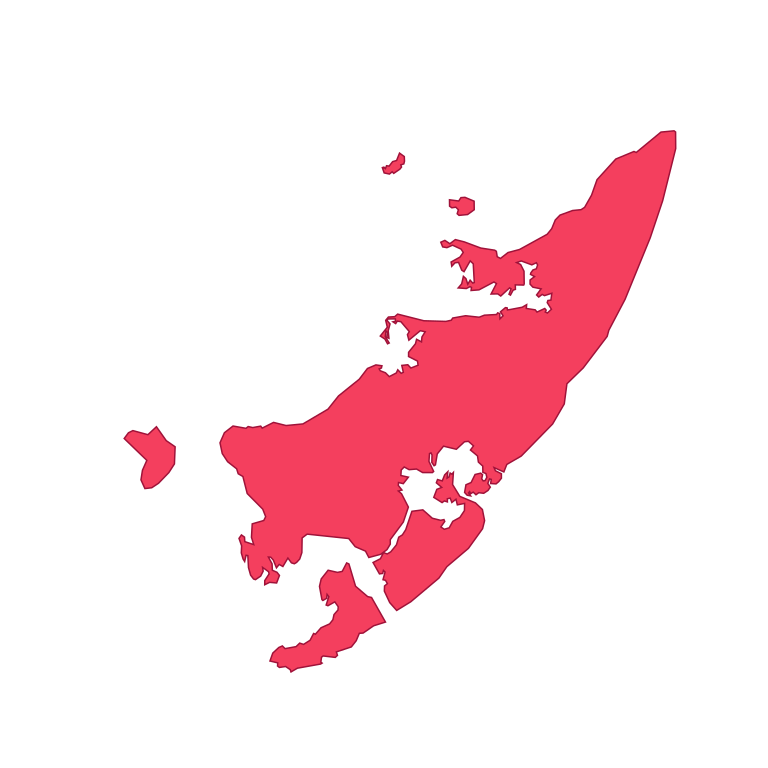 the district of Mafia, Pwani, United Republic of Tanzania, rotated 10°
{"feature_id": "72390352B74532147136856", "entity_name": "Mafia", "entity_type": "district", "adm_level": 2, "iso_a3": "TZA", "parent_name": "United Republic of Tanzania", "parent_adm1": "Pwani", "projection": "mercator", "projection_center": [39.736, -7.86], "detail": "fine", "context": "isolated", "style": "filled", "palette": "rose", "viewbox_px": 768, "rotation_deg": 10, "n_neighbors": 0, "source": "geoboundaries", "source_scale": "gbopen_adm2", "svg_char_len": 6172}
<svg xmlns="http://www.w3.org/2000/svg" viewBox="0 0 768 768"><g transform="rotate(10 384 384)"><path d="M626.6,155.2L630.4,101.5L627.4,85.2L625.7,84.3L613.0,87.8L592.2,112.2L589.8,111.6L573.2,122.2L558.3,145.8L555.6,162.0L550.9,175.2L547.8,178.1L539.6,180.4L528.0,187.1L524.2,192.7L522.2,201.9L518.7,208.2L494.1,228.0L483.3,233.0L476.9,240.1L473.4,239.0L471.6,233.8L469.8,233.0L455.7,233.3L438.4,230.1L429.2,229.4L424.5,234.4L419.0,232.0L415.3,234.5L418.0,238.8L422.3,238.8L427.4,235.4L436.5,237.8L439.2,240.7L436.8,245.8L428.9,252.2L430.3,256.3L432.9,252.3L436.3,251.3L440.8,258.4L443.3,259.5L447.5,247.8L451.0,250.1L455.3,268.4L453.9,269.2L450.8,266.8L449.2,271.2L446.4,266.0L443.5,264.2L443.1,271.9L440.4,276.5L448.5,275.7L451.8,273.2L453.4,273.7L453.5,276.8L461.2,274.8L474.6,264.4L477.3,265.6L473.8,276.8L480.4,275.5L483.7,277.1L491.0,267.5L492.6,268.2L491.5,273.9L493.1,274.5L494.9,269.1L497.0,268.0L496.1,263.6L504.4,262.3L504.7,261.1L502.3,248.6L497.8,242.6L493.5,241.4L497.8,239.0L508.9,241.0L513.0,238.1L514.6,240.1L514.0,244.1L510.9,245.8L509.3,249.1L509.2,250.6L513.6,252.1L509.8,256.2L510.5,260.3L513.8,262.8L522.2,263.0L518.8,269.8L521.3,271.5L524.2,268.3L526.7,269.1L533.5,265.5L533.8,272.4L530.9,273.3L530.6,275.5L535.9,281.3L532.6,285.7L530.3,285.1L530.9,283.1L529.2,281.7L522.2,286.6L520.0,284.7L511.0,284.9L510.7,281.1L506.8,284.4L495.7,288.6L492.7,289.6L492.0,287.6L490.3,287.7L486.2,292.6L489.4,296.2L486.9,299.7L485.7,294.5L483.6,294.2L482.8,296.0L470.9,298.8L466.1,301.7L452.5,302.6L440.2,307.1L439.2,309.5L434.1,311.6L412.3,314.8L385.3,312.8L382.9,315.8L376.7,317.3L374.6,321.0L377.4,327.5L372.0,337.4L377.1,339.6L380.5,343.8L382.0,342.7L377.0,337.1L376.7,331.4L378.6,332.8L378.6,337.5L380.9,338.1L378.9,330.8L379.5,323.8L376.0,320.9L376.5,319.3L383.9,317.9L384.5,320.1L382.0,321.2L385.0,322.5L386.2,319.8L389.8,319.7L399.8,328.0L398.5,331.3L400.9,336.5L410.5,325.2L415.5,325.4L413.2,331.1L413.6,336.0L408.3,334.3L408.0,338.9L402.7,348.5L403.4,352.7L413.0,355.6L414.3,359.6L407.7,363.6L404.1,360.9L398.3,362.6L401.0,369.1L399.1,370.5L395.1,367.6L394.2,371.0L387.9,375.8L383.5,372.7L378.0,371.6L376.6,370.0L378.7,368.7L378.8,366.4L372.7,366.6L365.0,371.6L358.8,383.6L341.3,403.6L333.2,418.5L311.1,437.4L294.8,441.9L281.9,441.0L271.7,448.6L269.9,446.9L262.3,449.7L257.6,449.5L255.8,451.6L242.6,451.6L235.3,459.7L232.7,470.4L236.8,480.6L243.5,487.7L253.6,493.1L256.0,497.7L261.1,499.6L268.3,515.6L286.3,528.3L290.5,535.2L289.3,539.3L278.5,544.6L280.1,558.0L283.6,564.8L274.3,563.4L273.2,559.0L269.8,557.4L268.0,561.2L271.9,568.1L272.8,575.1L275.6,580.8L277.6,583.0L277.9,576.6L279.7,576.6L282.4,588.3L285.8,595.4L289.4,598.7L291.4,599.0L295.9,594.6L297.5,589.3L296.3,585.7L302.9,588.9L303.8,591.0L300.7,598.3L301.4,602.4L305.8,599.2L312.8,598.6L314.3,590.7L311.3,588.0L306.4,586.8L305.0,580.5L300.2,574.5L302.5,574.2L305.5,576.5L310.0,583.7L312.1,579.9L316.1,581.3L319.6,572.1L323.9,576.2L326.9,576.6L328.9,574.9L331.4,571.0L332.4,564.3L330.1,549.8L334.4,545.2L376.1,542.3L383.9,549.2L394.8,551.8L399.2,557.5L410.3,552.3L415.7,546.6L418.0,540.6L417.2,536.2L427.0,516.6L429.4,501.0L420.3,489.0L416.7,486.9L420.1,485.3L415.7,481.4L415.4,478.5L420.3,478.8L424.2,471.5L416.5,471.2L415.9,465.7L418.3,462.2L423.6,464.0L430.8,462.1L437.4,464.5L447.1,462.8L448.1,461.5L441.7,452.4L440.9,444.6L442.2,443.7L443.6,445.5L444.7,452.9L447.5,455.8L448.7,454.7L448.6,443.6L453.4,434.9L466.6,435.7L473.3,426.9L477.1,425.8L482.9,429.4L480.6,434.0L488.6,438.6L490.5,444.5L495.5,447.7L496.7,453.8L499.9,454.5L501.5,458.0L500.3,461.6L498.5,462.2L496.7,460.4L496.8,456.2L494.7,455.0L489.4,457.3L486.9,465.9L482.2,469.0L482.2,476.8L485.2,479.1L488.7,479.1L486.1,476.6L487.0,475.1L488.4,477.0L490.6,475.0L493.8,477.1L496.2,474.6L501.2,474.3L504.9,470.8L506.6,467.1L503.5,463.9L504.4,459.2L506.2,459.3L506.3,463.5L511.7,462.9L513.9,460.3L516.0,456.4L515.2,452.0L508.8,450.1L506.9,447.2L517.3,449.8L518.9,441.9L531.7,431.1L557.0,394.1L565.0,372.3L564.1,352.0L577.4,333.6L595.5,298.4L596.1,292.0L606.7,258.8L620.8,193.8L626.6,155.2ZM469.0,471.1L467.7,459.1L466.5,461.0L464.6,460.2L464.2,464.2L462.5,465.7L462.1,459.3L459.5,463.0L458.2,469.3L453.3,468.8L452.7,472.2L458.8,475.8L454.3,478.6L452.7,487.0L461.8,490.7L463.7,488.7L466.9,489.1L466.3,486.0L469.0,484.9L471.4,488.9L474.9,485.0L477.2,490.3L484.1,487.6L485.2,494.7L481.9,502.2L475.6,507.3L473.2,514.3L468.6,516.6L464.8,514.9L467.7,508.8L466.6,507.1L463.4,508.4L454.9,507.8L444.1,501.2L433.6,504.5L430.7,523.7L428.3,529.4L425.1,532.3L424.2,540.2L419.8,548.1L416.7,550.8L412.8,550.2L410.8,556.7L404.2,561.7L412.5,571.8L415.6,570.8L415.8,567.7L417.7,569.0L417.0,576.9L419.6,577.1L422.0,580.0L419.6,582.8L420.3,587.9L427.6,598.3L435.8,604.8L448.2,593.8L471.8,565.6L477.6,553.0L495.7,531.2L506.2,509.4L506.8,501.1L502.7,490.5L494.7,485.2L478.2,481.5L469.0,471.1ZM391.1,588.1L380.7,567.3L378.3,566.7L375.4,575.8L370.9,577.6L361.3,577.1L356.0,586.9L355.6,594.5L360.3,607.1L361.4,607.8L364.7,605.1L364.5,601.1L366.6,603.0L365.4,611.7L367.3,612.1L373.4,607.1L377.6,611.3L377.9,614.6L374.8,619.7L374.6,625.0L372.1,629.7L364.3,635.0L359.9,642.3L358.0,641.9L355.7,649.2L350.0,654.4L346.0,653.8L343.0,657.9L332.5,661.8L329.4,659.6L326.2,661.7L321.2,668.3L319.8,676.6L327.8,677.1L328.1,680.2L330.2,681.3L336.2,679.3L341.3,681.6L342.4,683.7L348.1,678.9L370.2,670.8L371.5,669.6L370.1,668.9L369.9,663.9L371.3,662.4L383.5,661.7L385.3,659.3L383.6,656.1L397.5,648.6L401.2,641.7L403.0,633.8L406.7,632.9L415.8,623.9L426.8,618.2L408.8,596.4L404.8,596.2L391.1,588.1ZM179.4,477.6L167.3,465.6L160.3,474.9L144.8,473.5L140.8,476.4L137.6,482.8L163.7,500.4L161.1,510.9L161.3,520.6L166.7,528.5L173.3,526.5L179.2,520.9L187.5,508.6L191.5,499.1L189.2,482.1L179.4,477.6ZM431.3,186.1L427.4,187.1L425.8,190.8L416.5,191.2L417.7,197.5L420.2,198.7L424.0,197.4L427.0,199.5L426.5,203.6L428.6,204.9L436.9,202.6L442.6,196.7L441.0,188.3L431.3,186.1ZM364.5,156.5L359.2,153.9L357.6,161.7L353.9,163.5L351.2,168.5L348.6,168.6L348.0,171.6L346.5,170.6L346.3,171.1L345.7,170.7L344.8,171.2L347.5,176.1L352.9,176.3L355.2,173.6L357.0,174.9L362.3,169.7L363.6,167.3L362.5,165.3L365.3,163.8L365.5,161.0L364.5,156.5Z" fill="#f43f5e" stroke="#9f1239" stroke-width="1.5"/></g></svg>